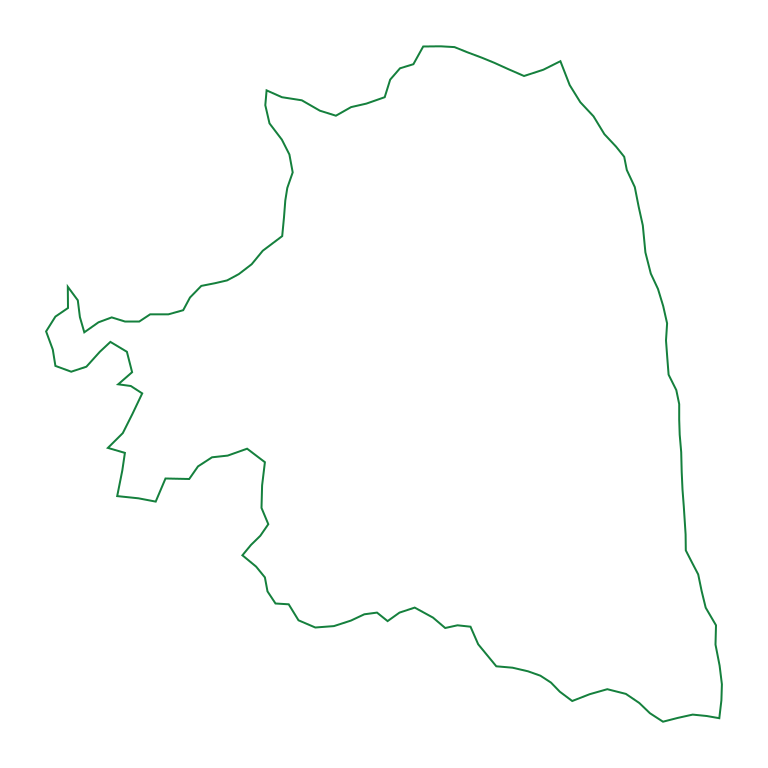 Moeda, Minas Gerais, Brazil (Albers equal-area conic projection)
{"feature_id": "56859067B15311257315024", "entity_name": "Moeda", "entity_type": "district", "adm_level": 2, "iso_a3": "BRA", "parent_name": "Brazil", "parent_adm1": "Minas Gerais", "projection": "albers", "projection_center": [-44.004, -20.33], "detail": "fine", "context": "isolated", "style": "outline", "palette": "green", "viewbox_px": 768, "rotation_deg": 0, "n_neighbors": 0, "source": "geoboundaries", "source_scale": "gbopen_adm2", "svg_char_len": 1993}
<svg xmlns="http://www.w3.org/2000/svg" viewBox="0 0 768 768"><path d="M719.3,718.2L721.4,700.3L721.9,684.3L719.6,665.6L715.5,644.6L716.0,625.3L705.7,607.7L701.6,590.9L698.2,574.4L692.3,563.1L685.8,550.4L685.6,534.4L683.8,506.6L682.5,489.5L681.7,471.9L681.2,452.1L679.7,434.7L679.2,419.6L679.2,404.1L676.3,390.1L668.6,374.7L667.3,358.1L666.0,340.5L667.1,323.4L663.2,306.1L658.0,289.0L650.8,273.6L645.4,252.4L642.8,225.4L638.7,206.9L634.8,187.1L626.8,170.0L624.2,156.8L616.2,146.8L604.4,134.2L593.5,116.3L580.3,102.2L569.7,85.1L560.4,61.2L543.4,69.7L524.0,76.0L508.2,69.1L494.3,62.8L482.1,57.8L466.9,52.1L454.5,47.1L440.5,46.3L423.2,46.5L413.4,64.2L400.0,68.3L390.2,79.6L384.7,97.2L366.4,103.6L351.1,107.1L335.9,115.7L319.9,110.7L301.8,100.3L281.9,97.2L266.6,90.4L265.3,105.2L269.5,123.4L281.9,139.7L289.4,154.5L292.7,172.4L287.3,187.9L285.3,200.5L284.0,217.3L282.2,236.1L262.8,250.7L251.7,264.2L238.8,274.1L227.1,280.4L215.0,283.2L201.3,285.9L190.0,297.5L183.2,310.2L168.5,314.3L150.2,314.3L139.3,321.5L124.9,321.5L111.7,317.4L98.5,322.3L84.3,332.3L79.9,317.1L77.8,300.3L67.8,286.8L68.0,308.0L55.4,316.6L46.1,331.4L52.8,349.6L55.4,365.9L71.2,371.7L86.4,366.7L99.8,351.8L110.4,341.9L126.9,351.8L132.1,372.2L118.2,384.3L130.8,386.0L142.2,393.4L132.4,414.0L122.8,433.1L107.9,447.9L124.9,452.9L122.3,470.5L117.2,496.1L138.4,498.3L155.7,501.6L165.5,478.5L189.2,479.0L198.0,466.4L212.0,457.3L227.7,455.6L247.1,448.7L264.9,462.2L262.1,485.4L261.5,507.9L268.3,524.2L260.3,535.8L251.0,544.9L242.4,555.3L256.1,566.6L264.9,577.4L267.5,591.4L275.5,603.5L288.7,604.3L298.5,620.3L315.3,627.5L333.9,626.1L350.9,620.6L364.3,614.3L377.0,612.6L387.6,621.1L399.5,612.6L414.7,607.6L433.0,617.6L445.2,628.0L457.5,625.3L470.5,626.7L478.2,644.3L487.0,655.0L496.3,666.3L512.5,667.7L528.0,671.3L540.4,675.7L551.0,682.6L559.8,691.7L572.2,701.0L589.7,694.2L607.3,689.2L625.9,693.9L639.3,703.0L649.9,713.2L663.0,721.7L677.8,717.9L692.7,714.6L706.7,716.0L719.3,718.2Z" fill="none" stroke="#15803d" stroke-width="2"/></svg>